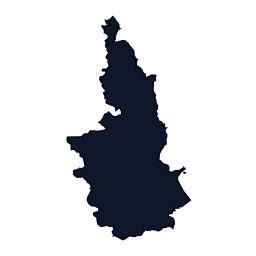 Jipijapa, Manabi, Ecuador, rotated 179°
{"feature_id": "8360857B19905531919728", "entity_name": "Jipijapa", "entity_type": "district", "adm_level": 2, "iso_a3": "ECU", "parent_name": "Ecuador", "parent_adm1": "Manabi", "projection": "mercator", "projection_center": [-80.604, -1.518], "detail": "fine", "context": "isolated", "style": "filled", "palette": "ink", "viewbox_px": 256, "rotation_deg": 179, "n_neighbors": 0, "source": "geoboundaries", "source_scale": "gbopen_adm2", "svg_char_len": 5833}
<svg xmlns="http://www.w3.org/2000/svg" viewBox="0 0 256 256"><g transform="rotate(179 128 128)"><path d="M157.0,30.2L155.4,30.2L150.1,31.3L148.7,30.0L145.0,30.4L143.6,27.1L145.5,24.6L144.9,22.8L143.8,21.9L144.4,20.5L143.0,20.8L134.9,16.4L133.9,17.0L133.5,17.7L132.5,17.5L131.7,18.5L131.2,18.4L130.4,19.3L129.5,19.6L129.7,20.0L129.1,20.5L128.7,20.2L127.7,20.6L127.4,20.2L126.0,20.2L125.9,19.8L125.4,20.1L124.1,19.5L123.1,20.0L122.3,19.6L121.7,20.2L120.2,20.5L119.7,21.2L119.6,20.7L118.6,20.4L118.0,21.0L117.1,20.6L115.9,21.7L116.1,22.4L115.7,22.2L115.4,23.1L114.1,24.1L114.1,25.0L113.5,25.0L113.6,25.7L112.6,25.9L110.1,25.4L109.4,26.0L109.3,25.6L107.8,25.5L106.8,26.0L106.1,27.0L106.2,26.1L105.3,26.3L104.4,25.7L103.4,26.1L101.3,25.3L100.6,25.7L100.7,25.0L99.0,24.7L98.3,25.4L96.7,25.7L96.2,26.8L94.0,28.2L92.1,28.0L91.4,28.2L90.8,29.1L89.9,28.8L89.0,29.3L87.2,28.7L86.6,29.1L85.5,27.4L85.2,27.6L84.8,27.1L84.4,29.3L83.3,31.8L83.8,35.4L84.3,36.5L85.4,37.5L87.7,38.4L89.4,38.4L89.1,41.3L88.6,41.8L87.5,41.5L85.1,42.2L85.3,44.5L84.1,44.3L82.5,44.7L83.3,45.9L83.0,47.0L78.5,47.1L78.7,48.0L77.6,48.6L76.9,48.8L75.9,48.4L67.0,54.8L73.8,63.8L79.0,74.1L80.6,73.7L81.1,74.1L80.6,73.7L79.2,74.4L79.6,77.5L78.5,80.1L77.7,80.3L76.2,82.8L74.9,84.0L74.4,84.0L74.2,85.0L73.4,85.0L72.8,85.7L71.8,86.0L71.9,86.8L72.8,86.8L73.2,87.4L73.4,86.5L74.7,86.3L74.9,85.7L76.1,85.5L76.6,84.6L78.4,84.5L78.8,84.0L79.3,84.4L80.9,84.3L81.2,84.6L83.6,83.4L86.2,82.8L88.5,84.4L88.8,85.6L88.1,85.9L88.0,88.3L88.8,89.7L90.4,90.7L93.4,91.4L96.6,94.9L98.2,95.2L97.6,97.0L97.7,98.7L97.2,99.2L97.6,100.4L95.7,104.8L93.0,108.4L92.7,109.2L93.1,110.6L92.1,110.3L90.3,111.3L90.1,113.0L90.8,115.2L90.6,116.0L90.2,115.9L90.4,116.9L89.5,118.7L89.4,120.7L90.5,122.3L91.2,124.9L90.8,126.4L89.9,127.3L91.5,127.2L91.0,127.8L91.6,128.8L93.1,129.5L92.9,129.8L92.2,129.7L92.8,129.9L92.7,130.5L91.8,130.1L91.7,131.1L92.2,130.8L93.0,131.1L94.9,133.7L97.3,134.2L97.6,136.5L99.3,139.2L98.6,142.0L99.3,142.7L99.7,144.5L99.5,145.5L98.4,146.3L98.6,148.1L98.0,149.5L99.6,152.5L99.7,155.3L100.9,158.3L100.1,159.6L100.2,160.8L102.1,163.8L102.4,166.2L101.9,173.2L101.4,174.3L99.7,175.3L100.0,177.3L99.3,179.8L99.8,180.1L100.3,179.5L101.3,180.5L102.2,180.5L102.6,179.8L103.7,180.4L104.2,180.2L104.1,179.4L105.0,179.8L105.3,179.0L107.2,178.8L107.4,177.2L108.4,177.2L108.9,177.9L109.7,178.0L109.3,178.5L110.3,179.5L110.0,179.6L110.3,180.0L109.9,180.4L110.0,181.3L110.6,181.1L110.5,181.9L111.2,181.9L112.4,183.9L113.0,184.1L113.1,185.0L113.7,185.4L113.1,185.8L113.2,186.2L114.0,186.8L114.4,186.6L114.7,187.8L115.6,188.0L116.6,189.3L117.1,188.9L117.6,189.5L118.4,189.2L118.4,189.9L119.4,190.8L119.5,191.4L118.6,191.2L118.6,192.5L119.0,193.2L118.6,193.6L118.9,194.0L118.4,194.6L118.6,195.0L118.0,195.4L118.4,195.7L117.9,196.0L118.4,196.1L118.1,196.6L118.4,197.0L119.4,197.2L119.6,197.8L120.3,197.8L120.0,198.5L121.1,198.5L121.3,199.5L120.4,199.8L121.3,201.3L120.6,201.9L121.1,203.0L120.9,203.7L121.4,203.9L121.4,204.4L121.0,204.4L121.3,205.7L122.6,206.7L123.3,208.4L125.2,210.0L126.6,212.9L128.3,213.7L128.9,214.9L132.4,215.5L133.5,214.8L135.2,214.7L136.2,214.2L141.3,213.7L141.2,214.2L140.3,214.4L140.2,216.4L139.8,216.3L139.2,217.0L139.4,219.8L138.3,221.8L138.4,223.2L138.0,223.3L136.3,226.4L134.3,227.5L137.3,228.6L137.4,229.9L135.4,229.5L135.7,230.4L135.4,231.3L136.4,233.4L138.7,235.7L139.2,237.3L141.3,239.6L143.5,237.2L145.1,236.3L147.7,235.4L148.5,235.8L147.8,233.5L146.2,232.4L144.5,232.7L143.5,231.3L144.7,231.3L145.8,230.7L146.2,231.0L146.4,230.6L147.1,230.9L147.1,230.3L148.3,230.4L148.8,229.9L151.9,230.6L152.3,230.3L149.7,226.4L150.0,224.0L146.0,221.5L146.2,218.8L147.0,217.1L149.2,215.7L148.4,214.5L148.4,212.4L148.9,211.6L148.6,209.5L147.3,208.5L147.6,206.9L147.0,204.9L146.6,204.5L144.6,204.4L147.2,201.7L148.6,199.0L146.2,196.2L146.9,194.8L146.2,192.3L145.5,191.8L145.9,190.2L146.4,189.0L147.6,188.2L148.3,187.1L152.0,187.2L152.7,185.9L152.1,185.5L149.1,185.7L149.3,184.4L148.9,182.4L150.0,182.1L152.5,179.7L154.9,179.5L155.1,178.6L154.6,178.4L155.2,177.8L155.2,177.2L154.5,177.2L154.2,176.7L154.8,176.6L154.9,176.1L154.2,175.3L154.1,174.4L153.7,174.4L153.7,174.0L152.7,174.1L152.8,173.7L152.2,173.3L152.5,172.9L152.2,172.2L153.1,171.4L152.8,169.9L152.3,169.8L152.0,168.8L150.2,167.0L149.6,164.9L149.7,164.0L151.0,164.2L151.7,163.5L151.0,161.6L150.4,161.0L150.4,157.8L150.2,157.5L148.0,157.8L148.5,156.2L149.4,155.2L149.1,153.4L144.5,151.2L143.0,151.3L141.6,149.9L140.3,149.6L139.9,149.0L139.8,145.8L137.2,148.0L135.4,147.9L134.8,145.8L134.1,145.3L134.2,140.9L137.2,140.9L139.5,139.3L143.0,139.9L147.2,144.3L149.0,141.6L149.8,142.8L151.2,141.7L153.0,137.6L154.1,136.7L154.9,135.0L156.4,134.7L156.8,134.2L154.7,132.9L153.8,131.3L152.7,131.1L150.2,128.7L149.8,127.7L150.5,126.6L154.4,125.6L159.2,125.1L161.4,125.6L166.0,125.6L168.0,122.4L169.0,122.8L171.8,122.6L172.9,121.6L172.9,120.6L173.7,120.8L173.8,119.9L188.7,119.9L189.0,118.0L188.8,115.3L186.1,113.4L185.1,113.1L185.0,107.4L182.2,107.9L179.5,104.9L177.6,104.9L176.3,103.9L176.5,102.7L175.9,101.5L176.2,100.7L173.1,99.1L171.3,90.1L173.5,88.9L174.7,87.7L175.3,87.6L176.8,88.6L177.5,87.3L178.0,87.1L178.6,87.5L178.7,87.0L179.5,87.3L179.7,86.8L180.8,86.9L181.7,86.2L181.9,86.4L182.0,85.9L183.0,86.0L183.0,84.2L182.7,83.8L182.4,84.0L182.2,83.4L183.2,82.8L182.3,81.7L181.8,81.8L181.9,81.2L181.0,81.0L180.3,80.0L179.1,79.5L177.3,80.2L176.4,79.6L175.2,80.2L173.8,79.9L171.9,77.6L169.7,76.1L169.6,75.2L169.0,74.8L169.3,74.3L167.6,73.7L165.4,69.5L166.7,68.1L165.7,67.2L165.6,66.4L169.3,59.5L169.9,57.2L169.6,55.7L168.1,52.8L166.5,51.4L164.9,50.8L162.9,50.7L158.4,48.7L158.5,46.1L158.9,45.1L159.5,44.5L161.6,44.4L162.9,43.6L163.6,43.7L164.0,42.4L163.2,41.0L161.2,39.7L160.4,39.6L160.5,35.8L160.0,35.0L159.8,32.7L157.0,30.2ZM72.8,82.4L72.5,81.9L71.7,82.2L72.6,82.7L72.8,82.4Z" fill="#0f172a" stroke="#020617" stroke-width="1.5"/></g></svg>